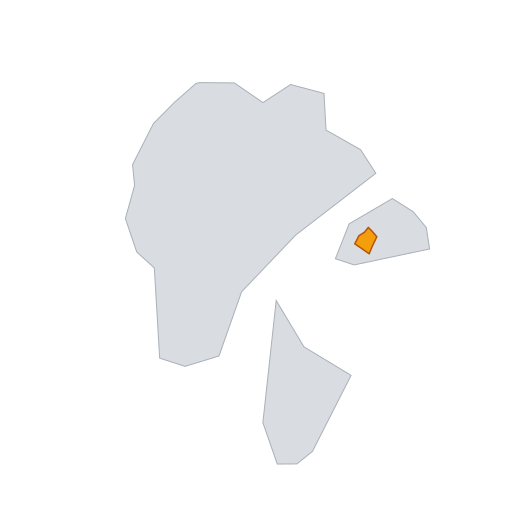 Hong Kong S.A.R., with Wan Chai highlighted, rotated 297°
{"feature_id": "HKG-5154", "entity_name": "Wan Chai", "entity_type": "state/province", "adm_level": 1, "iso_a3": "HKG", "parent_name": "Hong Kong S.A.R.", "parent_adm1": "", "projection": "robinson", "projection_center": [114.179, 22.269], "detail": "fine", "context": "in_parent", "style": "filled", "palette": "amber", "viewbox_px": 512, "rotation_deg": 297, "n_neighbors": 0, "source": "natural_earth", "source_scale": "10m", "svg_char_len": 809}
<svg xmlns="http://www.w3.org/2000/svg" viewBox="0 0 512 512"><g transform="rotate(297 256 256)"><path d="M205.4,148.0L207.4,145.9L230.1,122.6L263.7,115.8L281.4,104.5L327.6,104.5L355.9,113.6L382.6,124.2L385.2,127.6L400.4,158.2L395.8,192.5L424.5,209.0L431.7,242.8L400.0,261.2L398.2,300.9L384.1,325.2L292.8,281.9L217.6,259.4L150.1,268.4L125.5,242.9L121.2,216.6L199.2,170.8L205.4,148.0ZM192.8,394.9L107.6,395.0L89.3,386.8L80.3,369.4L110.6,337.8L225.5,294.2L196.8,340.0L192.8,394.9ZM358.6,394.9L341.1,407.5L292.6,347.5L289.6,328.0L327.0,324.4L369.1,351.4L366.8,376.0L358.6,394.9Z" fill="#d9dde1" stroke="#a8b0b8" stroke-width="1"/><path d="M311.7,338.5L321.0,338.5L326.3,341.8L332.4,343.1L330.8,348.2L328.0,354.9L317.0,355.2L309.4,355.8L311.7,338.5Z" fill="#f59e0b" stroke="#b45309" stroke-width="1.5"/></g></svg>